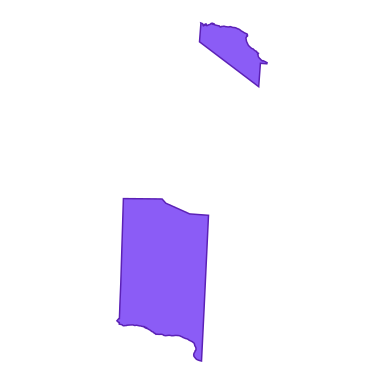 Doomadgee, Queensland, Australia (orthographic projection)
{"feature_id": "25037944B37268575436611", "entity_name": "Doomadgee", "entity_type": "district", "adm_level": 2, "iso_a3": "AUS", "parent_name": "Australia", "parent_adm1": "Queensland", "projection": "orthographic", "projection_center": [138.852, -17.447], "detail": "fine", "context": "isolated", "style": "filled", "palette": "violet", "viewbox_px": 384, "rotation_deg": 0, "n_neighbors": 0, "source": "geoboundaries", "source_scale": "gbopen_adm2", "svg_char_len": 4525}
<svg xmlns="http://www.w3.org/2000/svg" viewBox="0 0 384 384"><path d="M201.5,361.0L201.8,355.0L204.1,308.4L208.5,215.3L189.6,213.9L165.8,203.2L162.1,199.0L155.5,198.9L123.4,198.6L120.8,282.9L119.9,304.8L119.4,318.6L118.8,318.6L116.9,320.8L118.6,322.4L119.3,322.5L119.2,324.1L119.5,324.2L119.9,324.3L120.4,324.4L120.7,324.4L121.2,324.5L121.7,324.7L122.2,324.9L122.4,325.1L122.6,325.3L123.0,325.6L123.4,325.7L123.9,325.8L124.2,325.7L124.5,325.7L124.8,325.6L125.2,325.6L125.4,325.6L125.7,325.6L126.2,325.6L126.7,325.3L127.2,325.3L127.8,325.1L128.4,325.1L128.7,325.1L129.2,325.1L129.8,325.0L131.0,325.0L131.8,324.9L132.6,324.9L133.0,324.9L133.3,325.0L134.0,325.3L134.7,325.5L135.6,325.4L136.2,325.2L137.0,325.3L137.7,325.5L138.4,325.6L139.0,325.8L139.7,325.9L140.2,325.9L141.0,326.0L141.4,326.2L141.8,326.3L142.3,326.5L143.0,326.4L143.4,326.5L143.8,326.6L144.2,326.7L144.6,326.7L144.6,326.9L144.3,326.9L144.2,327.2L144.5,327.4L145.2,327.7L145.7,328.0L146.3,328.4L146.6,328.4L146.4,328.1L146.4,327.8L146.4,327.7L146.8,327.9L147.2,328.4L147.7,328.8L148.1,329.0L148.5,329.3L148.9,329.5L149.4,329.7L150.0,330.1L150.7,330.6L151.1,330.9L151.5,331.3L151.9,331.5L152.6,331.9L153.0,332.0L153.4,332.2L153.8,332.6L153.9,332.9L154.4,333.2L154.9,333.5L155.3,333.5L155.5,333.7L155.6,334.0L155.9,334.3L156.3,334.3L156.7,334.2L157.2,334.2L157.6,334.3L158.2,334.3L159.2,334.4L160.1,334.3L160.8,334.3L161.6,334.3L162.2,334.4L162.9,334.7L163.3,335.0L163.9,335.4L164.5,335.5L165.5,335.7L166.4,335.6L167.2,335.5L167.8,335.4L168.8,335.3L169.6,335.3L170.1,335.4L170.8,335.5L171.4,335.7L171.9,335.7L172.6,335.7L173.3,335.7L173.9,335.6L174.7,335.5L174.9,335.5L175.5,335.4L176.2,335.4L177.2,335.5L177.9,335.5L178.8,335.6L179.6,335.8L180.3,336.0L180.7,336.3L181.4,336.6L181.7,336.7L182.1,336.9L182.7,337.2L182.8,337.4L183.1,337.4L183.4,337.6L183.8,337.8L184.6,338.1L185.5,338.5L186.2,338.7L186.5,338.7L186.8,338.8L187.1,338.9L187.5,339.1L188.0,339.3L188.2,339.5L188.6,339.8L188.8,340.0L189.0,340.1L189.7,340.5L190.3,340.7L190.7,340.9L190.9,341.0L191.5,341.4L192.1,341.6L192.5,341.7L192.6,341.8L192.8,342.1L192.9,342.3L193.1,342.4L193.3,342.6L193.6,342.8L193.8,342.9L194.2,343.3L194.3,343.4L194.3,343.6L194.4,343.8L194.4,344.2L194.5,344.3L194.5,344.5L194.6,344.8L194.7,345.0L194.7,345.3L194.8,345.6L195.0,346.1L195.2,346.4L195.5,346.7L195.6,347.1L195.7,347.4L195.8,347.5L195.9,348.0L196.0,348.7L196.0,349.3L195.9,349.7L195.8,350.2L195.5,350.6L195.3,350.6L195.1,350.8L195.1,351.4L194.8,351.9L194.3,352.7L193.9,353.6L193.7,354.7L193.7,355.2L193.9,355.6L193.9,356.1L194.0,356.4L194.2,356.7L194.6,357.1L194.9,357.6L195.3,357.9L195.5,358.3L195.8,358.7L196.2,358.9L196.5,359.3L197.3,359.7L197.7,359.9L198.3,360.1L198.8,360.3L199.3,360.5L199.9,360.6L200.5,360.8L201.2,360.9L201.5,361.0ZM267.1,62.7L265.3,61.7L263.1,60.7L262.5,60.9L262.0,60.7L261.9,60.5L261.7,60.3L261.5,60.1L261.2,60.0L260.9,59.7L260.7,59.5L260.6,59.4L260.4,59.1L260.3,58.9L260.1,58.8L259.9,58.7L259.6,58.4L258.8,57.4L258.3,56.6L258.2,56.1L258.1,55.3L258.0,54.8L257.7,54.3L258.5,53.5L258.5,53.3L258.4,53.2L257.9,53.3L257.4,52.7L257.0,52.5L256.9,52.2L256.6,52.0L256.6,51.8L256.7,51.6L256.5,51.3L255.9,51.2L254.6,50.4L253.2,49.0L252.9,48.8L252.3,48.7L251.6,48.3L250.7,47.6L249.0,46.0L248.3,45.2L247.6,43.8L247.4,43.2L246.9,42.3L246.5,41.3L246.4,40.8L246.4,40.6L246.3,40.4L246.1,38.8L246.0,38.6L245.9,37.9L246.2,37.5L246.6,36.6L247.1,36.4L247.5,36.0L247.5,35.8L247.2,35.8L247.1,35.7L247.3,35.6L247.3,34.9L247.4,34.5L247.1,34.0L244.2,32.7L242.6,31.6L241.3,31.0L240.5,30.2L239.0,29.2L238.1,28.9L237.9,28.7L237.3,28.7L236.8,28.3L236.2,28.0L235.4,27.7L235.1,27.7L234.2,27.5L233.3,27.5L232.2,27.3L231.9,27.1L230.3,26.6L230.0,26.6L229.9,26.7L229.4,26.8L229.2,26.8L229.0,27.0L227.5,26.9L226.3,26.7L225.4,26.6L224.9,26.4L224.7,26.3L223.5,26.2L222.8,26.4L222.3,26.4L221.9,26.4L221.1,26.6L220.9,26.7L220.8,27.0L220.7,27.0L220.2,26.8L219.6,26.6L219.6,26.4L219.5,26.1L219.3,25.9L218.8,25.8L217.8,25.6L217.4,25.5L215.2,25.0L214.7,24.7L214.2,24.6L213.2,24.2L212.2,24.1L212.1,23.9L212.3,23.8L212.5,23.8L213.7,24.2L213.9,24.1L214.1,23.9L213.9,23.7L213.0,23.5L212.4,23.2L211.5,23.3L211.0,23.5L210.1,24.4L208.4,24.9L207.5,25.5L207.1,25.6L206.3,25.5L205.6,25.1L205.6,24.8L205.9,24.6L206.5,24.7L206.3,24.1L206.0,23.9L205.6,24.0L205.2,24.1L204.7,24.6L204.6,25.1L204.4,25.3L204.0,25.1L203.8,25.6L203.6,25.8L203.3,25.8L203.1,25.5L203.2,24.8L203.1,24.6L202.7,23.9L202.4,23.6L200.8,23.0L200.9,23.4L199.5,41.8L204.5,45.6L258.7,86.7L260.4,63.3L266.8,63.8L267.1,62.7Z" fill="#8b5cf6" stroke="#5b21b6" stroke-width="1.5"/></svg>